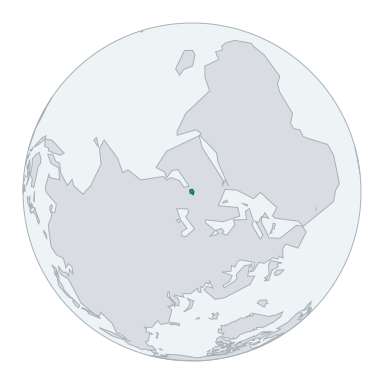 the Earth from above Maysan, rotated 177°
{"feature_id": "IRQ-3226", "entity_name": "Maysan", "entity_type": "Province", "adm_level": 1, "iso_a3": "IRQ", "parent_name": "Iraq", "parent_adm1": "", "projection": "orthographic", "projection_center": [47.004, 31.976], "detail": "fine", "context": "on_globe", "style": "filled", "palette": "teal", "viewbox_px": 384, "rotation_deg": 177, "n_neighbors": 0, "source": "natural_earth", "source_scale": "10m", "svg_char_len": 11034}
<svg xmlns="http://www.w3.org/2000/svg" viewBox="0 0 384 384"><g transform="rotate(177 192 192)"><circle cx="192" cy="192" r="169" fill="#eef3f6" stroke="#a8b0b8"/><path d="M193.5,23.0L212.1,24.6L219.8,25.5L216.6,25.3L232.6,28.0L243.8,31.2L229.9,27.4L227.5,27.1L234.6,28.9L233.6,28.9L236.5,30.0L234.8,30.1L226.8,28.4L225.5,28.6L230.6,30.0L232.0,31.3L224.8,29.2L226.6,31.3L213.6,30.0L195.7,26.1L187.2,27.1L165.5,28.3L166.2,29.0L158.4,30.4L156.3,31.9L152.9,32.2L154.2,33.2L157.8,32.8L159.5,33.2L158.6,34.1L154.1,34.4L153.9,34.0L152.1,34.6L150.2,34.4L150.6,35.1L145.2,35.6L149.2,36.6L143.7,38.4L140.5,38.3L142.7,36.3L140.6,32.8L138.0,33.0L132.1,34.8L117.3,42.0L113.6,43.4L107.4,46.6L108.5,46.5L113.8,44.1L114.3,45.2L120.8,42.5L121.9,42.7L127.8,41.2L124.9,43.7L118.9,47.2L113.9,48.8L111.1,50.5L114.2,51.2L103.3,56.7L93.5,65.3L90.9,66.8L88.7,65.1L92.8,59.1L90.0,58.6L89.7,61.5L83.3,65.8L81.3,67.8L80.5,69.3L82.1,68.8L79.5,71.0L78.7,68.6L81.1,66.5L81.4,67.1L83.2,64.6L82.7,63.8L79.5,66.4L81.5,64.2L91.0,56.5L101.1,49.6L111.6,43.4L122.5,38.0L133.8,33.4L145.4,29.6L157.2,26.7L169.2,24.6L181.3,23.4L193.5,23.0ZM23.3,201.1L23.5,203.9L25.3,217.7L26.7,226.5L26.9,228.1L24.6,214.7L23.3,201.1ZM225.6,26.5L221.7,25.7L225.8,26.5L225.6,26.5ZM237.2,30.2L238.6,30.5L239.5,31.0L237.2,30.2ZM129.0,40.0L128.4,40.5L127.6,40.5L129.0,40.0ZM132.1,38.8L131.6,38.4L133.0,37.8L133.3,38.1L132.1,38.8ZM237.7,31.7L238.7,32.6L236.3,31.3L237.7,31.7ZM132.4,39.6L135.6,36.8L138.1,35.9L141.1,36.3L132.4,39.6ZM238.4,32.9L241.0,35.6L244.3,36.3L236.4,36.3L236.8,33.8L233.3,32.0L236.7,33.0L238.4,32.9ZM159.3,32.2L155.4,32.7L159.5,31.5L159.3,32.2ZM161.4,31.4L171.2,27.8L176.4,27.8L172.0,28.9L179.4,28.5L177.2,30.3L172.6,30.8L169.7,30.4L171.0,31.5L161.4,31.4ZM231.6,36.1L231.0,36.7L230.1,35.8L231.6,36.1ZM160.5,33.3L162.1,32.4L166.7,32.3L164.5,34.1L163.7,33.5L160.5,33.3ZM182.5,27.7L185.5,28.2L184.5,29.6L185.6,30.0L177.6,30.3L182.5,27.7ZM162.2,34.0L163.3,35.0L160.3,36.0L159.4,34.1L162.2,34.0ZM168.8,31.6L170.9,31.7L169.0,32.2L168.8,31.6ZM150.3,40.6L152.0,39.2L154.5,39.0L150.3,40.6ZM163.8,35.3L164.9,35.0L166.1,34.8L166.1,35.7L163.8,35.3ZM177.4,31.5L176.4,32.1L180.6,31.4L180.1,32.7L174.8,32.7L176.8,33.3L176.7,33.7L172.6,33.3L177.4,31.5ZM169.8,36.2L162.9,37.1L159.2,39.5L156.8,39.7L163.3,35.9L169.8,36.2ZM171.8,34.5L170.0,35.6L168.0,35.1L167.9,34.1L171.8,34.5ZM181.6,33.7L183.8,31.6L184.9,31.7L181.6,33.7ZM169.1,37.0L170.8,36.7L169.1,37.2L169.1,37.0ZM178.2,34.7L178.8,33.9L180.0,34.0L178.2,34.7ZM173.6,37.1L171.4,37.3L171.3,36.6L173.6,37.1ZM176.0,36.1L177.5,36.4L172.6,36.2L176.1,35.7L176.0,36.1ZM179.2,34.9L180.1,34.8L178.8,35.3L179.2,34.9ZM175.3,40.0L169.1,39.9L168.8,38.2L174.9,38.5L175.3,40.0ZM48.6,221.0L44.4,192.6L48.7,185.9L51.1,175.0L82.6,152.0L87.5,157.3L110.2,161.5L112.8,163.9L108.1,172.0L123.7,188.0L131.0,182.1L147.0,191.5L158.8,192.9L166.5,176.9L147.1,174.1L145.6,165.5L162.7,160.7L180.0,163.6L180.0,160.4L170.7,152.2L176.3,146.9L167.6,148.9L169.9,152.5L164.6,154.1L162.2,151.0L164.2,149.1L159.5,146.9L150.8,157.2L152.2,162.0L138.8,161.6L139.8,169.7L135.6,172.4L132.3,159.9L133.8,155.9L126.3,141.2L123.4,145.3L130.3,159.6L127.4,157.9L123.6,164.3L124.2,158.1L117.4,142.1L106.4,141.2L89.5,153.3L83.7,152.1L80.1,146.1L89.1,130.4L101.2,135.1L104.5,130.3L104.6,121.0L108.2,123.5L109.7,120.5L114.5,122.1L123.7,117.1L129.0,118.1L134.9,109.7L138.4,109.3L133.9,114.2L133.5,118.5L146.9,121.7L150.1,120.3L152.9,114.8L156.2,116.6L157.3,110.9L166.1,110.4L156.2,106.4L159.2,100.5L165.8,97.0L165.0,94.5L154.3,100.4L151.6,103.4L152.2,107.1L143.3,115.7L138.2,116.2L140.8,105.0L133.8,104.7L138.9,96.7L164.8,84.8L174.4,83.6L185.3,93.7L181.7,97.1L176.0,94.9L179.1,102.2L179.9,99.0L182.6,100.8L186.2,96.2L188.3,97.2L188.2,91.2L191.2,92.0L191.2,95.8L199.1,90.4L206.0,91.1L206.8,89.4L205.6,87.4L215.1,90.1L215.3,88.8L212.2,87.3L210.5,83.8L211.2,78.9L214.4,80.1L214.6,82.0L219.9,88.2L219.9,93.5L221.3,93.5L222.1,89.2L215.6,81.7L215.1,78.5L218.8,81.6L217.4,80.2L218.2,79.0L222.0,79.0L218.3,75.5L222.3,62.3L230.1,61.5L232.8,65.4L239.1,58.9L247.3,59.6L244.5,58.1L245.6,54.7L243.0,54.4L241.7,53.5L243.3,45.6L246.2,45.1L243.7,41.0L242.3,40.4L240.0,40.4L236.4,36.3L244.3,36.3L247.2,37.7L250.2,37.2L256.3,40.5L262.8,43.4L267.9,48.0L272.6,50.2L273.2,49.8L280.1,52.9L292.0,61.5L279.6,56.2L261.1,45.8L268.4,49.9L265.9,49.7L268.1,51.7L273.3,54.8L274.4,54.8L278.6,64.9L289.5,76.7L290.7,73.1L295.2,74.5L308.7,87.1L320.1,111.7L326.1,115.6L328.9,119.7L329.1,124.5L325.0,118.6L321.9,118.5L319.6,114.7L318.4,121.1L315.1,116.0L315.8,123.9L319.5,126.9L321.8,122.8L323.9,132.5L330.8,136.5L335.6,145.0L337.3,166.2L333.1,176.5L333.7,179.7L330.0,178.6L328.1,187.1L337.5,199.1L338.4,203.9L333.9,217.2L333.3,213.9L323.4,211.0L323.8,223.1L331.4,228.1L334.0,237.2L329.2,237.1L326.2,229.3L322.7,227.9L322.1,217.9L316.1,205.1L311.1,210.8L310.0,204.8L301.0,195.5L293.0,203.3L281.3,224.6L282.2,240.2L277.0,248.5L264.5,229.5L260.1,214.9L254.9,217.6L242.6,206.7L219.5,209.0L216.8,205.1L212.3,207.5L203.8,203.9L199.9,197.3L194.5,197.9L204.9,215.1L210.8,214.5L216.6,207.4L218.3,213.5L226.6,218.3L215.2,234.1L181.9,247.8L179.7,236.1L160.1,201.7L161.3,198.0L161.2,197.6L161.1,196.8L158.1,202.7L155.1,195.8L164.4,220.0L165.5,229.9L181.4,248.5L179.6,250.2L185.1,253.9L203.8,249.4L203.7,253.3L194.2,270.7L169.1,292.0L173.1,306.1L172.5,317.1L158.4,322.8L161.1,330.6L154.1,332.3L154.6,336.2L149.8,339.4L141.3,341.2L125.0,337.4L122.8,334.0L112.7,325.0L98.3,303.0L101.1,295.0L99.1,286.9L87.5,265.1L90.0,255.5L87.2,249.9L81.2,248.6L78.2,241.7L74.7,240.0L54.0,232.3L48.6,221.0ZM69.8,167.1L68.4,170.1L69.8,167.1ZM197.1,175.4L208.2,176.1L205.2,165.5L209.2,165.0L206.7,161.8L204.9,164.8L199.0,155.9L204.5,152.8L204.2,148.3L200.4,147.9L191.3,155.0L199.6,167.5L196.3,171.8L197.1,175.4ZM83.3,66.0L81.9,68.0L81.6,67.8L83.3,66.0ZM82.1,73.5L77.8,77.0L80.6,74.2L79.2,74.2L83.3,68.7L89.8,67.3L86.1,68.7L82.1,73.5ZM90.6,61.5L87.3,64.8L90.7,61.3L90.6,61.5ZM113.3,104.1L114.1,106.7L111.0,109.6L104.4,109.5L108.8,105.2L113.3,104.1ZM116.0,109.9L120.3,99.5L124.6,99.6L121.5,101.2L123.9,102.3L119.4,105.3L119.3,116.0L116.6,119.3L105.8,116.6L110.8,115.5L109.7,112.8L116.0,109.9ZM123.9,76.7L125.9,73.3L132.7,77.7L130.1,80.4L123.3,80.2L122.4,76.8L123.9,76.7ZM137.2,41.3L137.5,40.5L138.7,40.3L139.5,40.9L137.2,41.3ZM150.9,40.0L137.1,45.1L136.8,44.3L129.2,48.8L125.3,48.6L130.4,45.6L121.7,49.1L124.7,46.2L118.9,49.0L130.6,42.3L133.0,40.2L131.8,42.5L135.3,42.7L137.5,42.2L145.6,39.4L152.4,35.5L157.0,35.5L158.4,36.5L157.4,37.4L154.8,37.0L155.4,38.5L150.9,38.8L150.9,40.0ZM172.2,54.1L169.5,52.3L170.0,57.3L165.5,56.7L165.8,57.3L161.7,58.3L157.4,60.7L155.6,60.1L154.7,61.3L152.0,62.2L150.1,63.7L146.2,63.3L143.6,65.2L143.3,63.9L139.9,67.5L140.7,64.7L137.2,65.8L138.3,67.9L121.9,63.7L114.5,64.8L107.8,67.5L110.1,62.8L117.8,57.6L127.7,53.3L134.6,53.2L134.4,51.3L137.6,50.8L136.4,52.5L140.1,49.7L142.5,49.8L151.3,47.2L155.3,43.6L158.6,42.8L158.2,44.3L161.8,42.4L163.3,44.8L165.7,44.3L169.6,46.4L167.5,49.8L170.4,49.1L173.5,50.9L172.2,54.1ZM176.2,40.6L174.7,44.4L171.5,46.2L166.0,41.9L163.6,42.0L160.0,39.8L164.8,37.5L165.4,38.3L167.1,38.5L164.9,39.1L167.9,38.9L168.8,40.1L171.4,40.2L170.2,41.4L176.2,40.6ZM116.8,161.6L119.0,162.6L122.7,163.2L120.3,167.5L116.8,161.6ZM112.0,150.7L114.1,150.8L112.6,156.6L110.3,155.7L112.0,150.7ZM116.6,146.1L114.3,150.3L114.2,147.5L116.6,146.1ZM136.0,114.1L138.5,114.1L138.2,115.5L136.3,117.2L136.0,114.1ZM172.8,70.2L171.8,68.5L172.8,68.0L173.9,63.9L177.4,64.2L178.1,66.8L172.8,70.2ZM162.5,179.4L158.3,182.2L156.8,180.4L158.5,179.8L162.5,179.4ZM137.7,175.1L142.8,178.3L137.0,176.2L137.7,175.1ZM176.8,69.8L176.8,68.0L178.5,69.3L176.8,69.8ZM180.0,64.3L182.2,65.4L178.0,63.8L180.0,64.3ZM233.7,354.4L235.2,354.5L232.4,355.1L233.7,354.4ZM201.9,315.8L192.2,333.6L184.1,333.5L181.8,328.6L184.8,317.9L194.0,314.7L198.3,309.3L201.9,315.8ZM350.4,243.1L351.8,241.4L351.6,242.2L350.4,243.1ZM349.1,243.2L350.9,240.8L348.5,245.1L349.1,243.2ZM351.6,239.9L353.4,236.0L354.2,233.8L353.9,235.3L351.6,239.9ZM347.7,245.0L338.8,254.0L334.8,255.7L336.1,252.5L342.6,247.5L347.7,245.0ZM335.8,252.7L329.2,251.0L317.6,237.6L321.8,235.6L333.4,240.7L332.8,243.2L336.8,245.5L335.8,252.7ZM350.3,227.0L349.5,233.8L344.9,238.3L342.6,239.6L341.1,233.0L342.0,228.1L344.0,226.3L349.7,204.9L352.1,205.8L350.8,214.0L352.7,217.4L350.3,227.0ZM283.0,241.4L287.4,249.0L284.4,251.4L283.0,241.4ZM350.6,191.9L349.2,201.2L350.0,190.1L350.6,191.9ZM350.1,182.4L350.9,185.4L349.4,183.6L350.1,182.4ZM335.0,184.1L333.0,186.8L332.2,184.6L334.4,179.9L335.0,184.1ZM339.2,152.4L341.9,159.0L342.4,161.6L340.2,158.6L339.2,152.4ZM206.5,72.6L201.1,77.7L199.5,82.2L202.2,85.8L196.0,83.2L198.5,76.3L206.5,72.6ZM220.0,63.3L217.6,60.6L220.2,60.6L221.1,61.2L220.0,63.3ZM217.5,62.5L211.8,61.5L211.4,59.3L216.0,60.5L217.5,62.5ZM194.2,65.0L192.3,66.4L191.0,65.2L194.2,65.0ZM326.8,293.9L331.0,287.3L331.7,286.5L335.4,279.5L344.8,263.7L352.6,244.3L353.3,242.2L348.4,256.0L342.3,269.2L335.1,281.9L326.8,293.9ZM353.6,238.1L356.0,230.0L356.8,227.8L353.6,238.1ZM360.3,207.4L360.1,208.5L360.1,206.9L360.6,202.7L359.9,204.4L360.7,198.7L360.7,202.1L360.3,207.4ZM358.1,215.3L358.0,217.2L357.6,217.0L358.1,215.3ZM358.7,212.9L359.6,211.2L358.5,214.6L358.7,212.9ZM353.7,217.3L354.3,220.3L356.2,214.7L354.7,220.7L355.5,225.0L354.9,228.2L354.2,223.3L353.2,231.2L352.3,232.4L352.3,227.0L353.4,218.0L354.3,213.6L357.4,206.7L353.7,217.3ZM358.9,208.1L358.6,204.4L358.7,200.7L359.2,202.1L358.9,208.1ZM356.7,196.0L354.8,193.0L353.9,197.2L355.1,185.4L356.8,190.2L356.7,196.0ZM354.0,186.3L353.1,190.1L353.5,183.7L354.0,186.3ZM352.5,188.8L351.6,185.3L352.7,184.3L352.5,188.8ZM354.6,185.4L353.5,178.7L354.7,181.6L354.6,185.4ZM349.2,177.7L352.8,180.4L349.4,182.2L345.8,170.3L347.0,168.2L349.2,177.7ZM333.8,119.8L331.6,117.0L331.7,114.6L333.2,117.2L333.8,119.8ZM329.9,105.4L331.0,113.1L331.5,119.9L332.9,120.2L335.9,126.6L332.0,123.2L329.3,114.5L329.5,110.4L326.4,105.5L324.6,100.4L320.2,95.4L318.4,92.1L322.5,95.6L329.9,105.4ZM318.2,93.5L309.9,84.3L311.5,82.5L313.7,84.1L316.8,88.9L315.8,89.6L318.2,93.5ZM308.3,81.6L307.2,82.3L292.6,72.7L290.0,70.4L301.9,76.1L301.5,77.1L304.8,79.9L308.3,81.6ZM232.9,37.1L231.2,36.7L232.6,36.6L232.9,37.1ZM240.3,53.4L238.8,52.1L240.5,51.8L240.3,53.4ZM235.5,48.6L234.7,49.8L234.2,48.0L235.5,48.6ZM233.0,52.8L233.7,50.1L235.0,53.4L233.0,52.8Z" fill="#d9dde1" stroke="#a8b0b8" stroke-width="1"/><path d="M191.0,189.5L191.3,189.7L191.4,189.8L192.1,190.5L192.3,190.6L192.5,190.6L192.8,190.5L193.0,190.8L193.0,191.0L193.2,191.3L193.3,191.3L193.2,191.4L193.2,191.5L193.3,191.5L193.5,191.7L193.5,191.8L193.7,192.0L193.8,192.2L193.9,192.3L194.0,192.4L194.1,192.5L193.7,193.7L193.7,194.2L193.3,194.1L193.0,194.1L192.9,194.1L192.5,194.2L192.4,194.2L192.3,194.3L192.3,194.5L191.9,194.5L191.6,194.5L191.5,194.4L191.4,194.3L191.3,194.2L191.3,193.9L191.2,193.9L191.0,193.7L191.0,193.4L191.0,193.2L190.9,193.2L190.7,193.0L190.7,192.9L190.5,192.7L190.3,192.3L190.3,192.1L190.3,191.9L190.6,191.9L190.8,192.0L191.0,191.5L190.9,191.4L190.6,191.3L190.6,191.2L190.7,190.8L190.6,190.7L190.7,190.3L190.7,190.2L190.9,189.7L191.0,189.6L191.0,189.5Z" fill="#14b8a6" stroke="#0f766e" stroke-width="1.5"/></g></svg>